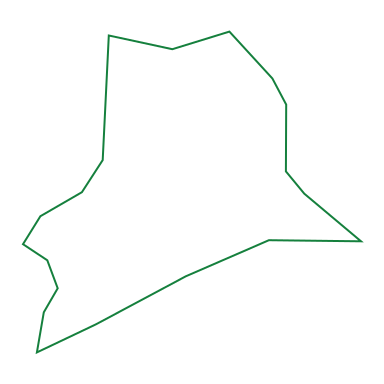 the border of Kibuku, rotated 180°
{"feature_id": "UGA-5595", "entity_name": "Kibuku", "entity_type": "County", "adm_level": 1, "iso_a3": "UGA", "parent_name": "Uganda", "parent_adm1": "", "projection": "natural_earth1", "projection_center": [33.805, 1.052], "detail": "fine", "context": "isolated", "style": "outline", "palette": "green", "viewbox_px": 384, "rotation_deg": 180, "n_neighbors": 0, "source": "natural_earth", "source_scale": "10m", "svg_char_len": 398}
<svg xmlns="http://www.w3.org/2000/svg" viewBox="0 0 384 384"><g transform="rotate(180 192 192)"><path d="M275.2,348.5L211.7,334.8L154.6,352.4L111.6,305.5L97.8,279.4L98.1,212.6L79.7,190.3L23.0,142.7L115.1,143.8L198.2,107.7L288.2,59.6L347.1,31.6L340.2,71.7L326.3,95.7L336.7,123.7L361.0,139.8L343.6,167.8L302.1,191.8L281.3,223.9L275.2,348.5Z" fill="none" stroke="#15803d" stroke-width="2"/></g></svg>